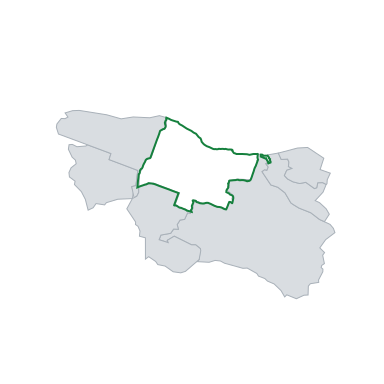 Angola highlighted among its neighbors, rotated 110°
{"feature_id": "AGO", "entity_name": "Angola", "entity_type": "country or territory", "adm_level": 0, "iso_a3": "AGO", "parent_name": "Africa", "parent_adm1": "", "projection": "equal_earth", "projection_center": [17.424, -11.224], "detail": "fine", "context": "with_neighbors", "style": "outline", "palette": "green", "viewbox_px": 384, "rotation_deg": 110, "n_neighbors": 6, "source": "natural_earth", "source_scale": "50m", "svg_char_len": 7568}
<svg xmlns="http://www.w3.org/2000/svg" viewBox="0 0 384 384"><g transform="rotate(110 192 192)"><path d="M246.3,118.1L247.8,137.1L247.1,141.7L248.4,146.9L252.2,151.9L255.6,163.1L253.0,162.2L242.4,164.7L240.4,170.4L241.8,174.3L239.6,193.6L245.9,198.7L247.7,197.0L248.1,206.6L243.1,206.5L238.1,197.9L233.1,196.6L231.7,192.0L227.7,194.8L222.4,193.6L220.3,189.6L213.0,189.0L212.7,186.2L207.4,185.5L198.9,187.4L199.3,176.9L197.1,173.6L196.6,168.1L197.6,162.8L196.3,159.3L196.2,153.7L188.2,153.8L188.8,150.6L185.4,150.6L185.0,152.2L180.9,152.5L178.3,159.9L174.6,158.7L168.1,160.6L164.1,153.1L160.5,141.2L141.0,141.0L134.1,143.1L133.1,140.4L134.8,139.4L136.1,133.3L138.5,131.4L140.2,132.3L142.5,128.9L146.1,129.0L146.5,131.5L149.0,133.1L158.4,120.3L158.2,112.9L161.0,104.3L168.4,95.4L169.2,92.5L170.5,86.1L170.9,73.2L174.2,62.8L175.2,51.2L177.8,46.7L181.3,43.8L191.0,50.1L200.8,52.8L203.6,46.7L206.7,47.6L214.0,43.1L216.6,45.0L218.8,44.8L219.7,42.6L222.2,41.8L231.4,43.0L233.6,42.0L237.7,49.4L240.6,50.5L249.1,47.7L250.7,51.5L256.6,57.4L256.2,67.8L258.9,69.0L254.2,74.6L250.3,83.4L249.9,90.6L248.4,94.0L248.3,100.7L246.4,103.2L244.6,114.1L246.3,118.1Z" fill="#d9dde1" stroke="#a8b0b8" stroke-width="1"/><path d="M244.6,283.4L235.4,289.7L229.5,296.1L225.2,305.0L221.8,305.6L219.8,312.3L215.8,314.3L210.6,313.9L205.0,310.5L201.9,312.5L200.3,316.5L194.1,322.8L189.6,323.7L188.2,320.7L188.8,315.6L185.1,307.5L183.4,306.2L183.6,281.3L189.9,281.0L190.3,250.3L205.2,246.9L207.6,250.5L211.8,247.1L218.6,245.8L224.2,259.3L231.3,268.8L234.0,269.7L235.7,278.2L240.6,279.5L244.6,283.4Z" fill="#d9dde1" stroke="#a8b0b8" stroke-width="1"/><path d="M183.6,281.3L183.2,337.3L177.6,341.6L174.3,342.2L167.6,340.0L166.5,336.4L164.0,334.2L161.1,338.3L156.4,332.0L153.9,325.9L148.6,298.5L147.5,283.6L141.6,272.9L136.7,257.1L131.4,248.7L130.9,242.0L137.9,238.8L142.1,239.1L146.0,243.1L173.2,242.1L177.7,246.2L193.4,247.5L210.6,241.9L214.8,242.4L217.4,244.4L207.6,250.5L205.2,246.9L190.3,250.3L189.9,281.0L183.6,281.3Z" fill="#d9dde1" stroke="#a8b0b8" stroke-width="1"/><path d="M174.6,57.4L174.2,62.8L170.9,73.2L170.5,86.1L169.2,92.5L168.4,95.4L161.0,104.3L158.2,112.9L158.4,120.3L149.0,133.1L146.5,131.5L146.1,129.0L142.5,128.9L140.2,132.3L136.0,128.3L131.3,133.7L125.9,124.2L130.9,119.3L128.4,113.4L130.7,111.2L135.1,110.1L135.7,106.1L139.2,110.4L145.0,110.8L147.1,106.6L147.9,100.6L147.2,93.7L144.0,88.4L146.9,78.0L145.3,76.3L140.3,77.0L138.5,72.4L139.0,68.5L147.3,68.8L158.0,73.3L158.4,68.5L161.9,60.2L165.9,55.4L174.6,57.4Z" fill="#d9dde1" stroke="#a8b0b8" stroke-width="1"/><path d="M127.0,68.5L134.2,69.1L138.1,68.0L139.0,68.5L138.5,72.4L140.3,77.0L145.3,76.3L146.9,78.0L144.0,88.4L147.2,93.7L147.9,100.6L147.1,106.6L145.0,110.8L139.2,110.4L135.7,106.1L135.1,110.1L130.7,111.2L128.4,113.4L130.9,119.3L125.9,124.2L114.6,107.9L110.6,98.6L115.2,79.7L127.1,79.3L127.0,68.5Z" fill="#d9dde1" stroke="#a8b0b8" stroke-width="1"/><path d="M253.0,162.2L268.8,171.0L271.8,174.9L273.4,182.4L270.8,192.0L271.9,199.3L269.7,202.4L267.6,210.6L271.0,212.8L251.0,220.1L251.5,226.3L246.5,227.5L242.7,231.0L241.9,234.0L239.5,234.7L230.1,247.5L218.6,245.8L214.8,242.4L210.6,241.9L205.3,243.9L196.8,231.3L197.3,203.4L210.9,203.5L210.4,200.5L211.4,197.2L210.3,193.0L211.1,188.7L210.4,186.0L212.7,186.2L213.0,189.0L220.3,189.6L222.4,193.6L227.7,194.8L231.7,192.0L233.1,196.6L238.1,197.9L243.1,206.5L248.1,206.6L247.7,197.0L245.9,198.7L239.6,193.6L241.8,174.3L240.4,170.4L242.4,164.7L244.1,163.7L253.0,162.2Z" fill="#d9dde1" stroke="#a8b0b8" stroke-width="1"/><path d="M210.8,185.5L210.9,186.7L211.0,188.3L211.1,189.4L211.2,189.9L211.3,190.2L211.1,190.5L211.0,191.2L210.9,191.8L210.8,192.3L210.8,193.0L210.8,194.2L210.7,195.4L210.6,196.5L210.9,198.6L210.8,199.2L210.5,200.3L210.3,201.1L210.1,202.0L210.1,202.5L210.6,203.9L210.6,204.2L210.2,204.3L209.8,204.3L208.5,204.3L206.5,204.3L204.6,204.3L202.6,204.3L200.8,204.3L199.1,204.3L197.6,204.3L197.6,205.7L197.6,208.5L197.6,211.3L197.5,214.1L197.5,217.0L197.5,219.8L197.5,222.6L197.5,225.4L197.4,228.2L197.4,230.2L197.8,232.9L198.5,235.8L198.8,236.1L199.5,236.7L200.5,237.7L201.0,238.6L202.2,240.0L203.7,241.9L205.1,243.5L206.4,244.9L204.3,245.4L201.5,246.2L199.5,246.7L197.2,247.2L195.6,247.6L193.6,248.1L193.3,248.1L192.8,247.7L191.7,247.7L190.3,248.1L189.3,248.2L188.5,248.0L187.7,247.7L187.0,247.1L185.7,246.9L183.9,247.0L182.1,246.9L180.4,246.6L179.2,246.4L178.5,246.5L177.7,246.4L176.9,246.0L176.2,245.5L175.3,244.3L174.7,243.2L174.3,242.9L174.1,242.8L172.2,242.8L170.4,242.8L169.4,242.8L167.0,242.8L164.5,242.8L162.0,242.8L159.5,242.8L157.0,242.8L154.6,242.8L152.1,242.7L149.6,242.7L148.3,242.7L147.0,242.8L145.7,242.9L145.2,242.7L144.2,241.9L143.6,241.4L142.7,240.6L142.2,239.7L141.7,239.4L140.9,239.3L140.2,239.1L139.7,239.1L138.8,239.5L138.2,239.9L137.7,240.3L136.9,240.8L136.2,241.2L134.9,241.2L134.7,241.2L134.0,241.2L133.3,240.8L132.7,240.8L132.0,241.3L130.9,241.5L131.1,238.2L131.4,236.8L131.4,235.0L131.2,230.5L131.0,229.9L130.9,229.2L131.5,228.6L131.8,228.2L132.3,227.4L132.6,226.4L132.9,224.0L134.2,218.7L134.8,213.4L135.6,210.9L135.9,208.1L138.1,204.5L138.7,202.3L139.9,201.2L141.5,200.1L142.7,198.0L143.3,196.6L143.9,193.8L143.9,190.9L144.3,187.1L144.2,186.0L143.6,184.5L143.4,183.4L142.9,182.3L142.2,181.5L141.9,180.1L140.9,177.8L140.6,176.2L140.0,175.2L139.9,173.8L139.7,172.4L139.1,171.0L138.6,169.3L138.6,168.8L138.9,168.2L139.2,168.0L139.1,168.3L138.9,168.7L139.0,169.0L141.0,166.1L141.1,165.6L141.0,165.0L141.0,164.2L141.1,163.3L139.2,158.1L137.7,153.2L137.4,150.7L135.4,147.5L134.6,145.4L134.1,143.9L133.8,143.4L133.9,143.1L134.4,143.0L135.6,142.7L137.2,142.3L138.6,141.4L139.0,141.0L139.8,141.0L140.5,141.2L140.8,141.0L141.0,141.0L142.8,141.0L143.6,141.0L145.0,141.0L145.9,141.0L146.4,141.1L147.8,141.3L149.5,141.3L150.1,141.2L152.3,141.1L154.6,141.1L156.6,141.0L158.8,141.0L160.5,141.1L161.2,141.4L161.9,141.9L162.2,142.5L162.4,142.7L162.6,143.3L163.0,143.7L163.1,144.4L163.0,145.3L163.1,146.4L163.3,147.8L163.7,149.1L164.4,150.6L164.8,151.7L164.7,152.5L164.9,153.4L165.4,154.4L165.8,154.9L166.0,155.3L166.6,156.7L167.7,159.0L168.5,160.7L168.8,160.9L169.2,160.8L170.1,160.7L171.0,160.6L171.6,161.0L171.9,160.9L172.8,160.3L173.8,160.0L174.8,159.8L175.3,159.5L175.9,159.5L177.5,160.0L177.8,160.1L179.1,160.1L180.4,159.7L180.6,157.4L180.6,157.0L181.0,156.1L181.4,155.3L181.4,154.6L181.4,153.6L181.7,152.4L182.6,151.5L184.0,151.0L184.8,150.9L186.1,150.7L188.0,150.4L188.7,150.4L188.8,150.6L188.3,152.2L188.3,152.8L188.5,153.3L188.8,153.6L190.8,153.7L192.7,153.7L194.8,153.8L196.4,153.9L196.6,153.9L196.7,154.1L196.9,154.9L196.9,156.5L196.5,158.8L196.7,161.0L197.3,163.1L197.3,166.2L197.1,168.1L196.8,170.4L196.7,173.1L197.0,174.2L197.6,175.4L198.5,176.6L199.2,178.1L199.7,180.1L199.9,181.3L199.7,181.8L199.7,182.7L199.9,183.9L199.7,184.7L199.2,185.1L199.0,185.7L199.3,186.7L199.3,187.7L199.5,188.1L199.7,188.4L199.9,188.4L200.4,188.0L201.0,187.4L201.5,187.1L202.2,187.2L203.2,187.3L204.9,187.4L205.4,187.3L207.0,186.4L207.5,186.4L208.1,186.4L209.0,186.7L209.9,186.8L210.3,186.5L210.4,186.1L210.5,185.7L210.8,185.5ZM139.0,130.1L138.9,130.2L138.2,130.6L137.4,131.0L136.4,132.5L135.8,133.1L135.7,133.3L135.2,133.7L134.9,134.0L135.1,134.3L135.4,134.7L135.3,137.1L135.2,139.5L134.5,139.8L133.6,140.0L133.3,140.1L133.2,139.9L132.9,139.0L133.1,138.1L133.3,137.5L133.1,136.2L132.6,135.1L132.2,133.7L132.0,133.4L132.4,132.9L133.0,131.9L133.2,131.4L133.9,131.3L134.2,130.9L134.4,130.3L134.4,129.9L135.2,129.7L136.1,129.2L136.6,128.6L137.2,128.3L137.5,128.3L138.3,129.3L138.8,129.9L139.0,130.1Z" fill="none" stroke="#15803d" stroke-width="2"/></g></svg>